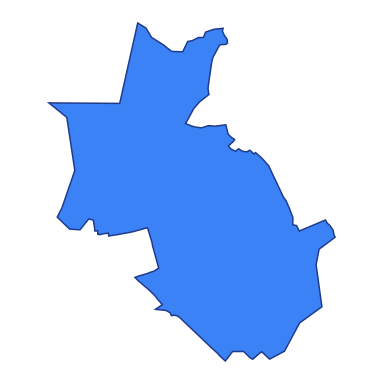 Onitsha North, Anambra, Nigeria (Albers equal-area conic projection)
{"feature_id": "59680162B73411137510562", "entity_name": "Onitsha North", "entity_type": "district", "adm_level": 2, "iso_a3": "NGA", "parent_name": "Nigeria", "parent_adm1": "Anambra", "projection": "albers", "projection_center": [6.801, 6.162], "detail": "fine", "context": "isolated", "style": "filled", "palette": "blue", "viewbox_px": 384, "rotation_deg": 0, "n_neighbors": 0, "source": "geoboundaries", "source_scale": "gbopen_adm2", "svg_char_len": 1697}
<svg xmlns="http://www.w3.org/2000/svg" viewBox="0 0 384 384"><path d="M155.5,309.3L166.0,310.5L170.1,312.7L171.5,315.7L174.1,315.2L176.7,315.7L179.3,317.2L207.5,344.0L211.6,348.0L217.0,352.8L220.5,356.6L225.3,361.0L232.6,351.5L243.6,351.5L249.7,357.4L252.7,359.3L258.9,353.8L261.7,351.8L269.6,359.1L284.5,351.2L299.6,322.9L321.9,306.8L316.1,264.7L319.1,249.2L335.1,237.2L333.9,234.8L333.2,230.4L330.0,225.6L327.3,223.2L325.4,220.0L299.3,231.0L296.5,225.6L292.8,224.8L292.9,217.7L289.5,208.6L286.0,200.6L283.4,197.0L268.6,165.7L263.0,159.4L259.6,156.1L255.5,152.6L254.0,154.0L249.9,150.2L246.7,151.9L243.4,151.5L241.4,150.6L238.7,148.8L235.6,151.3L230.9,148.9L228.3,146.0L230.9,143.7L233.0,141.8L234.6,139.5L231.2,137.2L228.2,134.2L225.8,124.8L214.7,126.2L208.6,125.6L201.3,127.9L193.9,126.8L185.5,123.6L187.6,120.0L193.6,108.8L199.6,101.8L208.9,94.5L208.0,88.4L208.7,82.8L211.7,62.3L213.0,57.2L219.5,45.2L221.4,44.6L225.8,44.4L227.5,43.1L227.1,39.2L224.3,35.3L222.4,31.2L223.1,28.3L213.8,29.3L205.6,32.1L203.4,37.5L198.4,37.5L192.4,40.6L187.7,41.5L182.7,51.8L171.6,51.4L162.7,44.4L151.6,37.4L145.9,28.0L137.7,23.0L119.7,103.4L48.9,102.9L50.0,103.8L66.8,117.4L74.8,170.4L72.0,178.7L72.0,178.8L67.6,191.4L62.0,207.7L57.2,217.1L69.6,229.1L80.0,229.8L88.8,218.9L93.4,220.2L93.8,223.5L94.5,227.1L94.8,231.0L97.6,230.8L97.8,234.3L100.4,234.6L103.2,233.8L108.4,233.1L108.7,236.0L117.0,234.7L126.2,233.0L132.7,231.8L147.5,227.7L152.0,242.5L152.6,246.1L153.4,248.8L158.7,268.1L154.3,271.0L149.5,272.6L147.4,273.5L143.9,274.5L139.8,275.7L137.1,276.6L134.9,277.4L138.4,280.9L146.6,287.9L148.9,289.8L155.7,296.6L157.6,299.3L162.3,304.6L155.5,309.3Z" fill="#3b82f6" stroke="#1e3a8a" stroke-width="1.5"/></svg>